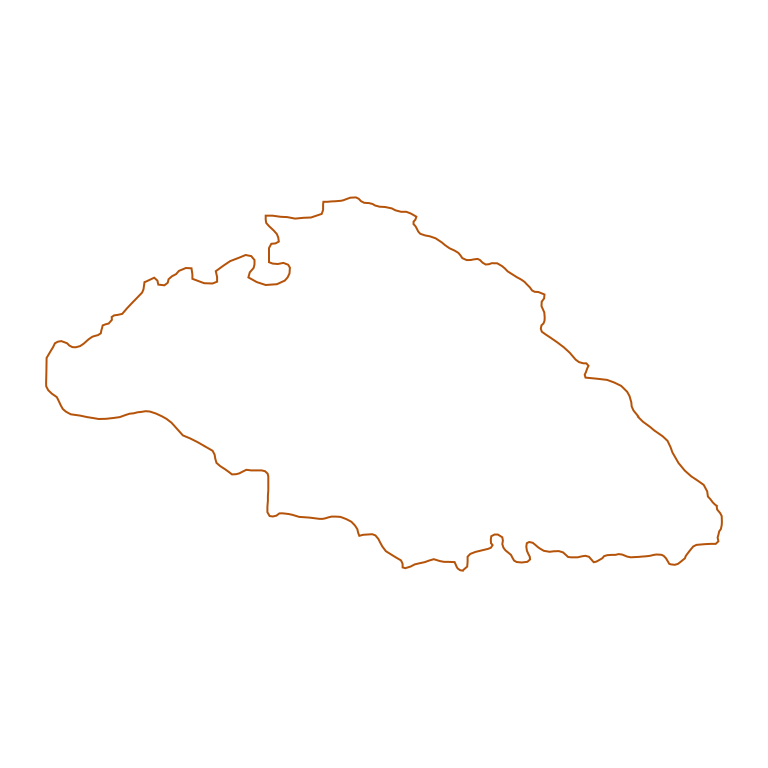 Ivatsevichy, Brest, Belarus
{"feature_id": "67162791B15775504283911", "entity_name": "Ivatsevichy", "entity_type": "district", "adm_level": 2, "iso_a3": "BLR", "parent_name": "Belarus", "parent_adm1": "Brest", "projection": "natural_earth1", "projection_center": [25.561, 52.695], "detail": "fine", "context": "isolated", "style": "outline", "palette": "amber", "viewbox_px": 768, "rotation_deg": 0, "n_neighbors": 0, "source": "geoboundaries", "source_scale": "gbopen_adm2", "svg_char_len": 5265}
<svg xmlns="http://www.w3.org/2000/svg" viewBox="0 0 768 768"><path d="M144.5,282.1L143.5,289.3L142.1,292.6L136.2,298.7L132.1,302.9L127.0,308.3L122.2,313.9L118.1,314.8L114.1,315.4L111.7,317.0L111.9,319.8L108.7,323.5L105.6,324.3L102.7,325.4L102.0,328.2L101.3,330.6L100.8,333.3L98.0,335.1L94.6,336.0L92.2,336.8L88.6,339.3L85.9,341.7L83.8,343.6L80.1,346.1L75.6,347.3L72.3,347.1L69.3,345.5L67.0,343.2L61.3,341.1L57.8,341.7L54.9,343.3L53.1,347.1L51.0,350.5L49.4,353.2L46.6,357.9L46.4,371.2L46.1,383.2L46.2,386.3L48.3,390.3L51.9,393.7L56.8,397.1L58.5,400.5L60.9,405.6L62.8,409.0L65.7,411.5L67.6,412.6L70.8,414.3L80.1,415.6L87.1,417.1L92.8,418.0L98.7,419.0L106.1,418.8L114.1,417.9L119.8,417.1L125.0,415.2L129.6,413.7L133.7,413.3L137.5,412.3L140.6,412.0L145.6,411.2L149.7,411.5L155.9,413.5L162.1,416.4L166.4,418.8L171.4,422.6L174.3,425.8L177.5,429.4L182.9,435.4L190.1,438.4L197.5,442.1L212.6,450.8L214.6,454.6L215.3,458.8L216.5,462.9L220.3,466.2L225.3,469.4L229.7,472.6L232.0,474.4L236.1,474.2L239.2,473.4L242.3,471.8L246.3,469.8L251.1,470.4L256.1,470.4L261.7,470.4L265.0,471.2L267.6,473.6L268.3,476.5L268.3,479.5L268.3,482.8L268.3,490.3L267.9,496.0L267.9,500.7L267.4,506.7L267.4,512.2L269.6,516.0L272.7,516.5L276.3,515.7L279.4,513.4L282.5,513.3L288.5,514.0L292.3,514.8L299.2,516.9L303.7,517.2L309.5,517.6L313.5,518.1L319.8,518.9L322.4,518.9L325.0,518.4L329.0,517.2L331.7,516.6L335.8,516.6L340.5,516.9L346.3,519.1L351.3,521.7L354.9,525.4L357.3,529.1L358.2,532.9L359.3,535.8L363.1,534.8L372.2,534.2L375.4,535.4L378.4,539.0L380.0,542.2L382.4,546.6L385.9,551.2L392.6,555.4L396.7,557.9L401.0,560.4L402.6,563.8L402.6,567.4L405.3,568.2L410.7,566.5L414.7,564.4L419.8,563.2L424.9,562.1L428.7,560.7L433.8,559.2L440.0,561.1L444.3,561.9L449.1,561.9L454.6,562.1L455.5,564.1L456.5,566.5L457.7,568.5L460.3,570.3L462.8,570.6L462.8,570.4L467.2,566.6L467.6,561.5L467.6,556.7L470.3,553.9L475.5,551.9L481.3,550.5L488.3,548.8L490.9,547.7L492.6,545.1L491.0,543.2L490.8,539.4L491.3,536.2L494.6,534.5L497.8,534.5L502.3,537.3L502.9,540.6L502.3,544.1L503.4,547.6L505.4,550.3L508.1,552.5L511.0,554.9L512.3,557.5L514.1,560.6L516.6,562.0L521.6,562.5L527.4,561.8L530.1,559.4L529.7,556.5L528.3,553.9L526.9,550.7L526.3,546.6L526.8,543.2L529.2,542.0L532.8,542.8L535.7,545.2L538.0,547.2L540.2,548.7L543.8,550.8L549.6,551.8L553.5,551.3L558.8,551.1L563.1,552.4L566.5,555.5L568.1,557.0L571.0,557.3L573.9,557.3L577.7,557.3L582.0,556.3L585.4,555.8L589.0,556.8L590.8,558.9L593.7,562.2L596.1,561.7L597.9,560.8L602.4,558.2L604.0,556.2L607.1,555.2L611.4,554.9L615.3,554.9L618.6,554.1L622.0,554.5L627.2,556.6L630.7,557.3L638.6,556.9L641.7,556.6L646.0,556.3L650.1,555.8L653.7,554.9L656.6,554.5L661.5,554.8L663.6,555.8L666.0,558.3L667.6,561.0L669.2,563.8L671.1,564.4L674.8,564.8L677.9,563.9L680.8,561.7L684.9,558.3L685.8,555.9L689.2,551.4L691.2,548.9L693.2,546.5L696.4,544.9L704.2,544.2L709.9,543.9L715.7,543.9L718.4,541.3L717.6,537.6L718.4,534.8L719.2,531.4L720.9,529.0L721.7,525.2L721.9,522.0L721.7,516.0L720.1,513.0L717.2,509.6L716.6,506.1L716.8,505.9L714.8,504.4L712.7,502.3L710.3,499.1L707.9,496.5L707.2,491.4L703.7,484.9L697.5,480.5L691.3,476.4L684.7,470.5L678.5,463.0L672.4,452.4L670.6,447.3L667.5,440.8L662.7,436.3L654.3,430.5L650.3,427.1L642.8,421.6L638.0,416.8L638.3,416.4L633.5,410.5L631.7,406.5L631.3,402.3L629.5,396.0L627.1,391.7L621.2,385.9L614.2,382.5L607.1,379.9L596.8,378.7L585.5,377.6L584.7,374.7L585.9,372.2L587.3,368.2L588.5,365.8L586.3,363.3L583.3,363.3L579.0,362.1L575.6,359.6L569.7,352.7L563.7,347.2L557.2,342.3L550.1,337.4L545.7,334.5L541.8,331.7L540.8,328.6L541.5,325.3L543.5,323.4L544.5,320.8L544.7,317.7L544.3,312.5L541.5,306.1L541.7,301.7L544.1,298.4L544.5,294.5L538.4,292.0L534.7,291.8L533.9,291.4L533.5,291.2L532.0,290.4L529.9,287.4L526.3,283.8L524.7,282.0L521.3,279.6L516.7,277.1L511.5,273.8L507.7,271.4L504.8,268.4L501.9,266.0L497.2,263.3L491.7,263.2L489.0,264.2L485.7,264.5L482.6,262.7L479.9,260.0L477.6,258.9L473.7,259.4L470.7,260.0L466.7,260.1L462.3,258.1L460.4,255.3L458.4,252.9L454.6,250.6L449.4,248.2L445.0,245.1L441.8,242.4L438.5,240.2L435.6,238.3L429.8,236.3L425.0,235.4L420.3,233.8L418.2,231.5L416.8,228.6L415.4,226.1L413.5,224.1L413.6,221.6L415.4,219.6L416.4,216.7L412.9,214.7L410.8,213.5L406.3,211.8L401.1,211.8L395.4,210.3L391.8,208.4L385.1,207.0L379.6,206.7L375.1,205.5L372.6,204.0L369.1,203.1L364.2,202.8L360.9,201.1L358.8,198.8L355.9,197.4L350.3,197.7L346.9,198.9L343.2,200.3L340.8,200.8L334.6,201.3L332.9,201.3L327.3,201.8L323.4,201.8L323.1,204.5L323.1,209.9L321.7,213.9L311.0,217.5L303.5,217.8L295.1,218.6L287.2,217.1L280.7,216.8L272.7,215.7L265.7,215.7L265.7,219.6L266.2,222.9L269.0,226.1L273.7,230.5L276.9,234.1L278.3,237.7L278.8,241.6L275.5,243.4L271.3,243.8L269.0,248.1L269.0,252.5L269.0,257.9L269.0,262.2L272.7,263.6L277.8,264.0L283.4,262.9L288.1,264.7L289.9,267.6L289.5,273.4L287.6,277.4L284.8,280.6L276.9,284.2L265.7,285.0L256.8,282.1L248.4,277.4L249.8,272.3L253.6,268.0L254.5,264.4L254.5,260.0L251.2,256.1L245.6,255.0L239.6,257.5L230.2,261.1L223.2,265.8L215.8,271.2L217.1,277.0L217.1,281.7L212.5,283.5L204.1,283.2L192.4,278.8L192.4,274.5L191.5,268.3L185.9,268.0L178.9,270.9L176.1,274.1L171.9,276.3L168.6,279.2L167.7,282.8L164.4,285.3L158.3,284.6L157.4,280.6L154.2,277.7L150.4,279.5L145.7,281.7L144.5,282.1Z" fill="none" stroke="#b45309" stroke-width="2"/></svg>